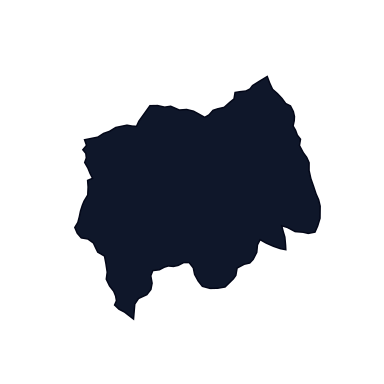 Gastão Vidigal, São Paulo, Brazil (Albers equal-area conic projection), rotated 142°
{"feature_id": "56859067B980429746583", "entity_name": "Gastão Vidigal", "entity_type": "district", "adm_level": 2, "iso_a3": "BRA", "parent_name": "Brazil", "parent_adm1": "São Paulo", "projection": "albers", "projection_center": [-50.2, -20.806], "detail": "fine", "context": "isolated", "style": "filled", "palette": "ink", "viewbox_px": 384, "rotation_deg": 142, "n_neighbors": 0, "source": "geoboundaries", "source_scale": "gbopen_adm2", "svg_char_len": 1758}
<svg xmlns="http://www.w3.org/2000/svg" viewBox="0 0 384 384"><g transform="rotate(142 192 192)"><path d="M119.8,84.7L114.0,87.8L107.3,92.5L99.7,102.0L97.0,107.9L95.4,114.2L92.6,122.0L90.1,129.4L86.5,136.9L81.7,143.0L80.3,148.6L80.1,154.5L78.7,162.5L74.0,166.8L74.0,172.0L72.4,176.9L71.7,181.8L67.6,185.2L64.8,188.4L62.6,193.0L61.4,199.2L63.7,204.0L63.5,210.1L64.1,216.9L65.3,223.3L63.7,230.1L61.6,236.7L70.8,237.8L78.8,238.6L82.9,237.5L87.4,238.4L92.4,241.5L96.8,243.9L101.6,239.5L107.0,239.4L114.5,238.9L120.7,241.8L125.1,243.4L131.2,242.3L136.0,243.0L141.0,254.7L145.5,260.4L151.5,264.4L156.0,272.7L161.3,275.7L165.9,281.3L172.0,285.9L178.4,284.0L190.3,280.5L195.3,277.9L198.6,280.8L202.1,284.7L212.4,289.8L219.7,290.6L225.6,292.6L232.4,293.2L244.5,299.3L246.4,293.7L252.0,292.5L251.9,287.8L254.3,283.9L258.4,281.3L259.3,274.9L260.9,269.3L261.9,264.0L267.1,265.4L270.8,259.9L276.0,253.8L282.6,251.3L286.5,249.1L291.5,245.7L296.1,241.8L300.7,238.3L306.2,236.2L307.8,230.1L307.5,224.0L303.0,219.1L301.1,212.5L302.3,207.4L303.3,202.6L300.4,195.4L303.9,188.6L308.2,181.0L313.2,176.1L314.8,168.8L314.8,162.0L316.2,157.1L318.5,152.8L322.6,150.6L321.7,144.5L319.1,138.9L318.0,134.5L316.3,127.9L306.1,138.9L299.7,141.0L290.8,138.9L284.4,140.5L279.6,144.7L276.1,151.3L271.3,154.2L265.6,150.8L260.1,149.8L256.2,148.3L252.5,144.8L248.2,142.7L242.0,141.5L237.7,138.1L237.7,131.4L240.7,125.4L241.9,118.1L241.9,111.3L237.1,104.9L230.9,100.3L224.4,96.8L212.9,98.1L208.8,99.3L203.3,104.3L195.3,102.9L190.2,100.5L185.2,101.3L178.1,104.6L173.0,110.0L167.7,112.5L165.0,106.1L161.2,99.0L157.2,92.9L153.6,88.8L151.0,92.5L146.6,99.3L144.6,104.4L142.1,110.2L138.7,105.4L135.1,97.3L129.3,92.0L125.9,87.8L119.8,84.7Z" fill="#0f172a" stroke="#020617" stroke-width="1.5"/></g></svg>